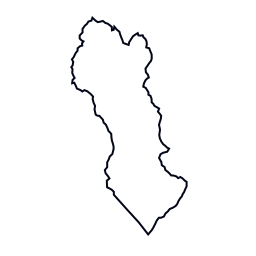 outline of Campo Magro, Paraná, Brazil, rotated 14°
{"feature_id": "56859067B84797689700286", "entity_name": "Campo Magro", "entity_type": "district", "adm_level": 2, "iso_a3": "BRA", "parent_name": "Brazil", "parent_adm1": "Paraná", "projection": "equal_earth", "projection_center": [-49.466, -25.298], "detail": "fine", "context": "isolated", "style": "outline", "palette": "ink", "viewbox_px": 256, "rotation_deg": 14, "n_neighbors": 0, "source": "geoboundaries", "source_scale": "gbopen_adm2", "svg_char_len": 2309}
<svg xmlns="http://www.w3.org/2000/svg" viewBox="0 0 256 256"><g transform="rotate(14 128 128)"><path d="M135.5,84.8L132.8,84.2L132.7,80.9L133.4,77.5L134.6,75.4L136.0,74.0L134.3,71.4L131.9,69.6L130.6,66.1L131.6,63.5L132.8,60.2L134.1,57.2L134.2,54.7L133.1,50.8L131.2,48.3L129.3,45.5L126.2,45.4L126.0,42.0L124.9,39.3L123.3,37.4L121.2,36.3L119.8,34.5L117.6,35.4L115.7,35.6L114.5,33.6L113.1,35.0L110.7,37.7L109.5,41.2L108.4,44.4L108.5,47.2L104.8,46.9L102.8,46.6L101.3,44.1L99.3,41.4L97.5,38.7L96.4,36.7L93.4,35.3L90.2,33.0L90.4,36.1L88.8,37.1L87.8,33.8L85.7,32.8L82.9,31.6L80.7,31.6L77.7,30.2L75.8,31.3L73.0,32.6L70.3,31.6L68.6,30.6L66.8,29.6L66.5,32.7L63.8,34.3L63.0,36.9L61.4,39.1L59.9,42.9L60.8,46.3L58.7,49.9L59.5,52.9L61.9,54.3L63.8,54.7L62.9,57.0L63.7,59.1L61.7,60.2L59.8,62.9L60.4,65.1L59.1,67.9L58.1,72.6L57.0,74.9L58.9,77.2L59.1,80.7L58.3,82.7L59.9,84.2L60.6,88.1L62.3,90.4L64.1,92.3L62.6,94.8L63.0,98.1L64.9,97.1L67.0,99.5L68.9,102.1L72.7,102.7L74.8,103.6L76.6,101.8L79.6,102.2L83.7,104.1L86.5,106.0L86.7,108.5L88.7,112.1L90.7,114.5L91.0,118.0L92.2,120.4L93.4,122.8L95.1,123.4L97.4,123.2L99.8,124.8L101.6,126.0L103.1,128.7L105.7,130.1L108.2,133.2L109.8,135.6L111.4,136.5L113.2,137.8L114.1,140.9L115.5,144.2L116.8,146.3L118.3,149.0L119.1,151.7L119.1,157.1L117.2,160.0L116.9,163.1L116.1,166.4L117.3,171.1L115.7,174.4L117.2,177.3L120.4,179.7L122.2,181.5L120.2,184.2L121.0,187.1L122.1,190.6L124.9,191.2L127.1,191.8L129.7,193.3L130.4,196.2L148.2,208.3L153.1,211.5L155.9,213.4L161.2,216.9L173.3,226.4L175.7,221.5L176.7,218.4L177.6,214.4L178.3,210.7L179.7,207.6L181.9,207.0L184.3,205.1L185.0,201.9L186.9,199.2L188.1,196.5L190.9,194.4L193.1,192.1L194.2,189.7L194.6,186.9L195.6,183.7L196.8,181.3L197.1,178.8L197.9,176.7L198.3,173.7L199.0,170.4L197.9,166.1L195.8,165.3L192.9,163.6L190.7,162.9L188.8,164.5L186.7,163.3L183.6,163.1L181.4,163.6L179.3,162.1L177.2,160.9L174.4,159.7L172.9,157.0L169.8,155.9L168.6,153.0L165.4,149.6L165.9,145.6L168.2,143.4L169.9,142.6L171.8,141.5L172.9,138.1L170.5,137.5L168.6,136.3L166.2,135.3L163.8,133.3L161.5,130.5L160.0,127.2L159.5,122.0L157.3,117.3L157.4,114.5L157.6,111.4L157.3,108.2L155.6,106.7L153.1,104.9L153.5,101.6L150.4,100.7L148.3,100.1L146.8,98.5L144.8,97.4L143.8,94.0L142.0,91.3L139.8,90.8L139.2,88.4L135.5,84.8Z" fill="none" stroke="#020617" stroke-width="2"/></g></svg>